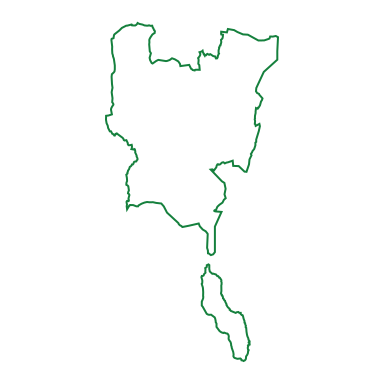 Tenancingo, México, Mexico (Equal Earth projection)
{"feature_id": "50627088B61116384552584", "entity_name": "Tenancingo", "entity_type": "district", "adm_level": 2, "iso_a3": "MEX", "parent_name": "Mexico", "parent_adm1": "México", "projection": "equal_earth", "projection_center": [-99.568, 18.93], "detail": "fine", "context": "isolated", "style": "outline", "palette": "green", "viewbox_px": 384, "rotation_deg": 0, "n_neighbors": 0, "source": "geoboundaries", "source_scale": "gbopen_adm2", "svg_char_len": 5977}
<svg xmlns="http://www.w3.org/2000/svg" viewBox="0 0 384 384"><path d="M202.6,50.7L201.7,51.5L199.5,52.2L200.3,53.8L200.2,54.9L199.5,56.4L198.1,58.1L198.5,58.9L198.6,60.6L198.3,63.8L199.3,65.1L199.7,69.8L195.9,69.7L194.4,70.2L194.4,70.4L192.6,70.0L192.1,69.3L191.1,68.8L189.2,64.9L180.4,66.1L180.0,63.9L178.3,61.4L174.8,59.3L172.0,58.3L169.7,60.0L167.2,60.9L166.0,61.1L158.3,59.9L156.3,60.9L152.6,63.5L151.7,63.1L150.1,60.1L149.6,57.8L150.9,53.2L149.8,51.4L149.2,44.4L149.4,42.3L149.3,40.5L149.4,39.4L150.3,37.6L152.3,34.6L153.6,33.6L154.6,33.1L154.9,31.3L154.5,30.4L154.1,30.2L153.2,28.0L152.8,27.7L152.2,25.7L150.4,25.8L149.0,25.3L148.3,25.6L147.0,25.7L144.4,25.4L142.6,24.6L139.3,23.9L137.6,23.0L137.3,23.7L136.2,24.9L135.1,25.5L132.3,25.4L131.9,25.3L131.8,24.6L131.6,24.5L127.0,25.7L126.2,25.7L121.9,27.9L119.3,30.5L114.5,34.3L114.0,35.1L113.5,38.2L111.7,38.8L111.4,39.9L112.2,46.7L112.1,49.4L112.3,53.4L112.9,55.3L113.0,56.4L113.5,57.7L113.9,59.0L114.8,65.4L114.8,69.4L114.5,71.4L113.9,72.3L111.9,74.2L111.6,76.7L112.0,84.1L112.5,87.8L111.8,91.3L111.7,92.5L112.5,98.2L112.2,102.2L113.2,103.6L113.4,104.7L112.1,106.6L111.2,108.4L111.0,109.7L111.9,114.4L108.5,115.5L106.1,115.8L106.0,119.8L106.6,123.3L107.7,125.6L108.1,127.9L109.8,131.3L111.0,131.3L112.3,133.8L113.0,134.0L114.0,135.1L114.3,135.1L114.7,136.3L114.9,134.7L115.5,133.9L116.3,133.6L116.3,133.9L116.8,133.5L122.6,137.8L123.4,138.8L123.8,140.0L124.5,140.5L126.4,140.2L127.8,143.1L127.8,144.1L128.5,145.2L130.0,145.2L131.7,144.8L132.0,146.3L131.8,148.2L131.4,149.1L134.0,149.6L134.3,149.6L134.4,149.1L134.8,149.3L135.3,151.3L135.2,152.5L136.6,155.5L136.6,156.6L137.1,157.4L137.5,158.6L137.5,159.6L136.7,160.4L136.3,161.4L134.4,161.7L133.9,162.2L133.4,163.8L132.9,164.4L131.9,164.5L131.6,165.4L130.8,166.3L129.8,166.9L129.1,169.1L128.0,170.7L127.8,171.9L127.4,172.4L127.5,173.5L126.3,174.7L126.9,177.9L127.1,181.0L126.5,182.5L126.3,184.3L126.4,184.9L127.5,185.4L128.3,186.3L128.9,190.4L128.2,192.1L128.0,193.4L128.9,194.0L129.4,195.0L128.5,198.4L128.9,200.4L128.7,201.0L128.3,201.2L127.5,200.8L127.1,200.9L126.6,201.6L126.6,202.7L127.0,204.4L126.7,206.3L127.1,209.3L129.2,205.7L129.5,205.7L130.0,205.0L133.2,205.1L136.3,206.3L138.1,206.3L138.6,205.4L141.6,203.7L144.4,202.6L147.0,202.0L149.8,202.3L153.0,202.2L156.1,202.9L161.3,203.5L163.8,206.4L167.0,212.6L178.4,223.1L178.7,224.0L179.8,225.2L181.5,226.1L182.3,227.0L188.6,225.8L198.7,223.5L199.8,226.3L202.7,229.5L205.7,231.3L207.6,233.7L207.7,234.3L207.1,247.9L207.9,250.5L208.0,253.3L208.7,253.4L210.9,255.1L213.2,254.3L214.9,252.1L214.9,226.6L221.5,211.9L215.4,211.4L214.4,211.1L214.3,210.6L214.7,210.2L215.7,210.2L216.1,209.7L217.4,206.7L219.4,204.8L222.5,202.6L223.9,199.8L225.7,198.2L224.5,194.3L225.6,188.8L224.4,182.9L221.9,181.3L210.7,169.6L212.0,169.4L212.2,169.8L212.8,169.6L213.2,169.8L213.5,170.7L213.8,170.7L216.3,167.3L216.7,165.6L217.5,164.3L218.0,164.2L218.3,164.6L218.9,164.7L220.2,164.3L221.8,162.7L222.6,162.4L223.5,162.3L224.8,163.4L226.4,162.6L228.0,162.3L232.7,160.7L233.2,165.9L238.7,166.1L244.5,171.6L246.5,171.8L249.0,164.4L249.5,159.4L251.5,155.3L250.9,154.0L252.0,152.4L252.5,151.1L254.2,149.0L255.4,145.3L255.4,142.6L256.2,141.9L256.2,139.6L258.8,131.1L259.9,126.2L259.4,123.9L255.7,125.9L255.3,124.2L254.8,123.9L255.1,121.1L254.7,119.3L255.0,118.6L254.9,118.4L255.0,115.8L255.6,113.0L255.6,111.5L256.0,108.1L256.7,108.5L257.3,108.1L257.6,108.4L257.7,108.1L258.0,108.3L258.6,107.6L260.0,105.3L261.0,101.6L262.0,100.0L262.5,98.4L259.3,94.7L259.0,93.9L257.1,93.0L256.0,91.3L256.3,88.0L263.8,71.9L277.3,59.7L277.3,51.1L278.0,37.2L275.8,36.0L272.8,36.6L270.2,36.5L269.5,38.5L268.4,39.0L264.2,40.4L258.4,40.5L247.9,34.7L243.0,34.4L237.4,32.0L234.1,30.1L227.9,29.0L226.9,32.4L221.2,31.7L221.1,33.8L221.3,34.5L223.0,34.7L222.8,36.9L222.4,38.5L221.0,39.9L221.3,42.1L220.5,45.3L220.1,45.3L219.1,47.5L219.3,47.7L218.6,50.3L218.6,53.1L219.0,53.5L217.9,55.6L217.7,57.2L217.2,58.2L216.9,58.1L216.1,58.5L215.6,57.8L215.3,56.5L213.2,56.1L210.4,54.2L209.4,54.7L209.1,54.4L208.5,54.6L207.4,53.9L206.7,54.3L206.0,55.3L205.1,55.5L204.8,55.3L204.7,55.6L203.8,54.2L204.1,54.0L203.0,52.5L202.6,50.7ZM208.5,264.4L206.8,265.2L206.8,266.6L206.6,267.2L205.2,268.1L205.5,269.7L205.3,271.3L205.5,272.7L204.1,274.1L203.6,275.5L202.4,276.1L201.8,276.0L201.4,277.1L202.3,280.4L202.3,281.9L202.2,283.2L201.7,283.9L202.8,287.3L203.0,288.8L203.2,292.2L203.1,296.3L203.3,296.8L203.1,298.5L201.8,301.6L201.8,305.6L202.7,306.7L206.7,313.8L207.9,314.5L209.0,314.8L211.1,314.7L214.7,317.4L215.2,318.7L215.7,321.1L215.7,322.1L216.5,323.6L216.5,326.9L219.6,331.1L221.2,332.2L222.3,332.7L223.5,333.0L224.1,332.6L226.5,333.5L227.2,333.5L227.9,334.1L228.5,335.1L228.8,336.3L228.6,338.5L228.8,339.6L230.6,342.2L231.1,344.1L231.1,345.2L231.7,347.0L231.7,347.7L233.2,351.9L233.6,354.3L233.4,356.2L233.9,357.3L234.6,357.9L237.3,358.8L240.4,358.5L241.1,359.1L241.5,360.3L242.6,360.4L243.5,361.0L244.8,360.4L245.5,359.6L245.9,358.8L246.1,356.4L247.3,354.7L247.9,353.2L248.1,351.2L248.6,350.5L248.6,350.0L248.1,349.8L247.8,348.4L247.8,347.4L248.2,346.3L247.9,345.7L248.2,345.1L249.6,344.7L249.7,344.0L249.2,343.2L248.7,342.8L248.6,342.3L248.8,342.0L249.6,341.9L249.6,341.4L249.3,340.7L248.5,339.8L248.3,338.3L247.5,336.6L247.0,334.8L246.5,331.7L246.2,327.8L245.8,327.5L245.6,327.0L245.9,325.8L245.3,324.6L245.1,323.1L244.5,322.7L244.5,321.1L243.6,318.7L243.0,316.1L242.5,315.1L241.8,315.1L240.7,314.0L240.7,312.9L239.3,312.9L238.4,312.0L236.9,312.2L235.7,312.9L230.8,310.9L230.1,309.8L229.7,309.8L229.5,308.7L228.0,307.4L227.2,306.3L226.7,305.2L226.4,304.9L226.5,304.2L225.3,301.9L225.0,300.7L224.3,300.3L223.6,298.7L223.0,298.4L222.9,297.1L222.6,296.0L222.0,295.7L221.9,294.9L221.6,294.9L221.0,293.4L221.4,291.0L221.3,285.4L221.6,284.2L221.6,282.4L221.2,281.3L221.4,280.8L221.3,280.0L219.9,277.8L219.2,277.7L218.9,277.0L218.1,276.1L217.3,276.1L216.0,274.5L213.0,273.6L212.3,273.8L209.8,271.5L209.3,269.1L209.3,265.1L208.5,264.4Z" fill="none" stroke="#15803d" stroke-width="2"/></svg>